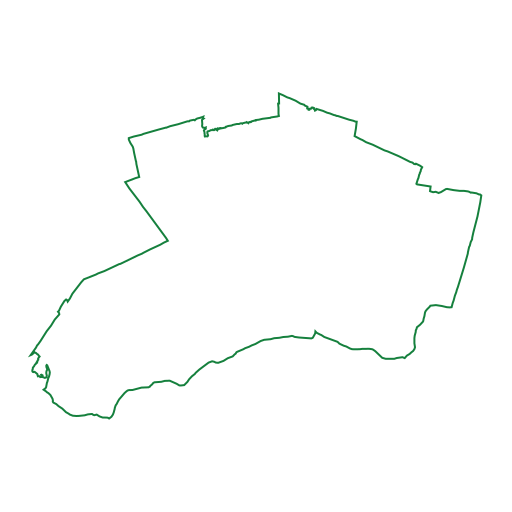 outline of Bogda, Timis, Romania
{"feature_id": "2599482B35137521275654", "entity_name": "Bogda", "entity_type": "district", "adm_level": 2, "iso_a3": "ROU", "parent_name": "Romania", "parent_adm1": "Timis", "projection": "mercator", "projection_center": [21.542, 45.957], "detail": "fine", "context": "isolated", "style": "outline", "palette": "green", "viewbox_px": 512, "rotation_deg": 0, "n_neighbors": 0, "source": "geoboundaries", "source_scale": "gbopen_adm2", "svg_char_len": 6001}
<svg xmlns="http://www.w3.org/2000/svg" viewBox="0 0 512 512"><path d="M404.7,358.1L406.9,355.6L409.6,354.0L411.4,352.3L413.1,351.0L414.4,349.1L415.0,347.2L414.4,343.3L414.4,338.1L414.7,335.7L415.7,332.0L415.8,330.4L416.6,328.7L416.9,327.3L420.0,324.8L422.9,321.7L423.2,321.1L423.7,318.5L424.4,316.2L425.0,312.6L425.5,311.3L426.9,309.5L429.6,306.8L430.4,305.7L435.9,305.1L441.8,306.0L446.9,307.2L449.8,307.4L451.6,307.2L452.7,303.0L453.6,300.6L454.9,295.7L456.2,292.3L456.9,289.7L457.9,287.0L463.8,267.8L467.8,253.6L467.9,252.4L469.1,247.0L469.8,245.7L470.7,242.1L472.1,239.3L472.2,237.7L473.4,232.2L477.5,216.4L480.3,202.2L481.3,195.4L479.9,194.4L479.1,194.5L476.5,193.3L471.5,192.5L470.9,192.7L469.2,191.8L467.9,191.4L464.2,190.9L460.0,190.9L453.5,190.1L447.1,188.9L445.9,189.1L440.8,192.2L439.2,192.7L438.7,193.0L435.7,191.8L433.1,192.2L430.6,191.4L430.0,191.1L430.6,186.5L417.1,184.4L416.4,183.8L417.8,179.4L418.4,178.1L419.2,174.7L419.8,173.6L419.8,173.0L420.7,171.2L420.9,169.7L422.2,167.2L421.7,166.8L419.7,165.5L415.9,163.7L415.3,164.2L414.1,164.0L412.5,162.6L410.1,161.9L399.0,156.3L387.6,151.4L384.5,150.4L372.7,144.7L366.1,142.2L362.4,140.0L360.7,139.3L354.6,136.1L355.9,128.6L356.7,121.7L355.4,121.6L353.5,120.8L349.1,119.7L337.8,116.0L336.3,115.9L335.7,115.4L333.8,115.0L329.8,113.4L327.1,112.7L323.0,110.9L316.4,108.9L316.2,109.1L316.1,109.7L315.7,109.7L315.6,110.3L315.0,110.6L314.8,109.9L315.0,109.5L314.2,109.2L313.6,108.6L313.9,108.0L312.7,107.5L311.6,107.6L311.2,108.6L309.6,108.8L309.8,109.0L309.7,109.3L309.5,109.7L309.0,109.9L308.4,109.6L308.5,108.9L308.4,108.6L307.2,108.4L307.4,106.7L304.7,105.5L304.3,104.8L300.4,103.6L295.6,100.7L289.6,98.1L287.3,97.4L282.8,95.1L278.9,93.5L279.1,103.5L278.1,103.6L278.1,103.8L278.5,107.9L278.5,114.0L278.9,116.0L277.1,116.5L271.0,117.4L270.5,117.8L262.5,118.8L258.8,119.7L256.2,120.0L256.3,120.2L255.8,120.6L254.4,120.6L251.5,121.4L251.1,121.6L251.3,121.8L251.1,122.0L250.3,122.2L249.6,122.0L248.9,122.3L248.4,123.2L246.7,122.1L246.2,122.6L245.6,122.5L242.6,123.3L242.3,123.7L241.6,123.3L240.4,123.4L239.0,124.0L236.9,124.0L232.5,125.0L231.8,125.5L228.8,125.9L227.2,126.3L226.6,126.7L225.8,126.8L225.6,127.4L225.4,127.5L223.2,128.0L221.0,128.4L220.8,128.3L221.0,128.1L220.1,128.0L219.4,128.3L219.7,128.7L219.0,128.9L219.1,128.6L218.2,128.6L217.8,128.3L217.1,128.7L217.5,129.1L217.3,129.2L217.4,130.2L217.3,130.4L216.2,129.7L216.0,129.2L215.2,128.8L214.7,129.3L214.7,129.7L214.2,130.1L213.6,130.1L213.2,129.7L212.7,129.6L212.2,130.1L211.0,130.1L209.0,131.1L207.6,131.4L207.3,132.0L207.4,133.5L208.1,135.3L207.7,136.2L207.5,136.4L206.2,136.3L204.9,136.5L204.7,136.0L204.7,134.0L204.5,133.3L204.5,132.2L203.9,130.5L204.3,129.8L205.8,128.7L205.8,128.4L205.6,127.9L205.7,127.5L204.7,127.8L203.1,127.7L202.2,126.6L202.1,125.4L202.3,124.1L202.0,120.1L202.2,119.6L203.6,118.6L202.9,118.3L203.0,117.7L202.5,117.4L203.2,117.1L203.3,116.7L201.7,117.4L201.3,117.3L200.5,117.7L197.2,118.5L195.7,119.4L194.8,120.3L193.9,119.8L190.9,120.4L189.7,120.7L189.1,121.3L187.5,121.3L178.2,124.2L170.1,126.2L166.2,127.7L165.9,127.6L158.8,129.5L143.4,133.9L141.7,134.7L133.9,136.5L128.8,138.1L128.8,139.5L129.3,140.7L130.5,143.2L132.7,146.6L133.3,148.4L134.2,153.3L135.9,161.1L136.1,161.4L136.4,164.1L139.2,177.0L135.3,178.2L125.2,182.1L129.4,188.5L139.6,201.8L143.0,206.9L146.4,211.2L166.2,238.2L167.8,240.8L163.9,242.6L160.3,244.7L150.1,249.4L143.4,252.8L141.9,253.7L137.8,255.4L120.3,263.9L119.2,264.1L104.3,271.1L98.1,273.4L95.8,274.6L83.9,279.3L81.2,282.3L72.4,293.7L69.9,298.5L67.7,301.6L67.1,300.1L66.1,299.5L64.4,301.0L60.9,306.6L58.9,310.9L58.0,311.7L59.1,313.1L59.3,314.4L54.8,319.5L51.0,325.7L46.7,331.2L40.5,341.0L38.0,344.5L37.1,345.4L36.0,347.6L30.7,355.1L31.9,354.6L33.5,353.2L33.7,352.3L34.2,351.8L34.8,352.6L35.9,352.9L37.2,354.1L38.1,354.6L38.7,355.6L39.6,356.5L38.2,358.4L38.1,358.9L38.3,359.7L37.5,360.6L37.4,361.5L37.0,361.8L37.1,362.1L37.1,362.7L36.8,362.9L36.6,362.6L36.4,362.7L35.7,364.1L35.0,364.5L34.0,366.3L32.9,367.6L32.7,369.3L32.3,370.1L32.4,371.4L32.8,371.9L33.4,372.1L34.2,371.8L34.7,371.9L37.2,373.9L37.3,374.2L37.5,374.4L37.5,375.0L37.9,376.3L39.0,376.1L39.8,376.5L40.2,377.1L41.3,377.0L41.7,376.4L41.6,375.6L41.2,374.8L41.5,374.7L42.6,375.4L42.6,375.6L42.3,375.8L42.3,376.4L42.6,376.7L42.6,377.1L43.2,377.2L44.8,377.9L46.4,377.4L46.8,375.6L46.3,373.5L46.3,372.2L46.6,370.8L47.2,369.8L47.0,368.6L46.4,367.0L46.3,365.7L46.7,365.0L47.2,365.3L49.5,371.0L49.8,372.4L49.6,374.2L49.0,376.6L48.3,378.1L47.4,381.7L46.9,382.9L46.1,387.2L45.5,388.2L43.6,389.7L46.2,391.5L47.0,392.3L48.4,393.1L50.4,395.0L52.5,398.7L52.9,400.4L52.8,401.7L53.4,402.6L56.3,404.1L58.5,406.1L62.3,408.6L66.0,412.2L68.7,413.7L69.7,414.5L72.8,415.7L76.4,416.0L79.0,415.9L84.7,415.3L87.8,414.4L91.6,414.0L92.3,414.1L93.0,414.7L94.2,415.2L96.7,414.6L99.5,416.4L102.6,417.5L107.1,417.6L108.2,417.9L109.1,418.5L111.4,416.8L112.9,414.6L113.7,412.5L114.7,408.8L114.8,407.9L115.7,405.3L116.6,404.1L118.0,401.3L119.2,399.3L124.6,393.0L126.4,391.4L127.6,390.5L129.0,390.1L132.5,390.0L141.5,387.6L148.5,387.3L149.9,386.6L150.2,386.0L152.1,384.4L153.3,382.9L154.5,382.3L161.3,381.8L164.7,380.9L169.7,380.7L176.7,383.8L179.3,385.4L180.7,385.5L184.2,385.1L187.4,381.9L189.1,379.3L191.9,376.3L194.8,374.0L195.7,372.8L199.4,369.5L208.6,362.6L212.1,361.3L214.0,361.7L215.9,362.6L218.2,362.8L223.5,360.9L227.8,358.2L232.7,356.4L234.6,354.4L235.7,353.6L236.3,352.4L237.0,351.9L243.4,349.2L245.1,348.2L249.0,346.8L251.7,345.4L255.4,344.0L260.7,341.0L264.2,339.8L270.6,339.2L274.2,338.2L279.3,337.8L283.3,337.0L288.0,336.7L291.9,335.9L292.9,336.1L294.6,336.9L299.0,337.5L311.3,338.4L312.6,337.9L313.0,337.4L315.2,333.4L315.4,331.4L316.7,332.8L320.2,334.6L321.3,335.0L324.3,337.0L337.2,341.7L338.1,342.3L339.2,343.5L340.1,344.0L343.7,345.7L346.3,346.5L350.0,348.5L352.1,349.2L355.4,349.3L359.9,349.2L362.0,348.9L369.1,348.8L372.1,349.2L373.2,349.7L375.3,351.2L382.2,357.8L385.7,358.8L394.3,358.8L396.8,358.0L402.5,357.2L404.7,358.1Z" fill="none" stroke="#15803d" stroke-width="2"/></svg>